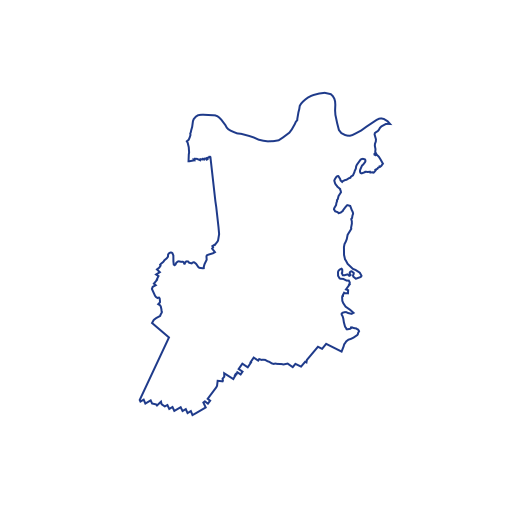 the district of Chacaltianguis, Veracruz, Mexico, rotated 34°
{"feature_id": "50627088B48878953618841", "entity_name": "Chacaltianguis", "entity_type": "district", "adm_level": 2, "iso_a3": "MEX", "parent_name": "Mexico", "parent_adm1": "Veracruz", "projection": "natural_earth1", "projection_center": [-95.805, 18.211], "detail": "fine", "context": "isolated", "style": "outline", "palette": "blue", "viewbox_px": 512, "rotation_deg": 34, "n_neighbors": 0, "source": "geoboundaries", "source_scale": "gbopen_adm2", "svg_char_len": 6118}
<svg xmlns="http://www.w3.org/2000/svg" viewBox="0 0 512 512"><g transform="rotate(34 256 256)"><path d="M240.1,440.4L241.6,441.3L243.2,437.9L246.8,440.2L249.4,434.6L252.3,436.4L256.2,434.9L257.5,435.3L258.7,429.9L260.4,431.5L261.2,431.7L264.5,431.7L265.9,429.1L269.6,431.3L271.2,427.9L274.9,430.1L278.1,423.5L281.8,425.6L283.4,422.2L287.1,424.5L288.7,421.0L292.3,423.4L294.1,419.9L299.0,409.7L294.3,406.9L294.9,405.1L298.7,405.3L298.9,401.6L295.8,401.4L296.5,387.1L296.3,385.4L294.0,380.9L298.4,378.6L298.3,377.9L296.9,376.4L297.2,373.8L295.2,371.0L306.0,370.7L305.8,368.5L305.8,366.9L305.3,366.9L305.1,365.6L305.2,364.9L305.9,364.8L305.5,362.8L309.5,362.8L309.5,359.4L304.8,359.4L304.9,352.9L311.4,352.9L311.4,347.1L310.9,347.1L310.9,341.5L316.3,341.5L316.3,339.7L318.8,339.0L319.6,338.2L321.7,337.0L324.4,336.8L326.2,336.3L329.1,336.2L331.0,335.6L332.1,334.4L333.9,333.6L337.8,331.2L339.4,330.6L342.4,327.5L348.6,327.6L349.0,323.4L355.2,322.5L355.9,316.1L357.3,316.0L356.3,313.7L358.1,296.6L362.7,296.0L363.3,289.6L380.4,287.4L379.2,282.0L378.5,279.9L378.6,277.5L378.5,276.5L379.4,273.7L381.0,271.7L382.5,269.1L384.2,264.8L384.1,263.6L383.7,262.8L383.5,260.7L381.8,259.9L380.2,260.1L379.7,260.0L378.2,260.7L375.7,261.6L375.4,261.5L374.7,262.1L375.1,262.8L374.7,263.8L372.4,266.0L371.9,266.0L371.1,265.4L369.8,265.0L369.0,264.5L365.9,261.8L363.4,259.1L361.6,257.6L359.8,256.7L359.2,255.8L359.6,254.5L361.0,252.9L362.2,252.1L364.2,251.8L367.6,250.5L368.6,248.6L364.4,248.0L358.6,247.9L354.7,246.3L352.6,244.9L350.4,241.9L350.0,240.7L350.4,240.4L349.8,239.5L349.6,237.2L350.5,237.2L353.1,235.5L351.5,232.8L349.3,233.4L349.5,227.3L349.1,227.4L349.0,226.4L348.5,225.5L346.7,224.5L344.9,225.7L341.2,226.2L338.6,227.7L337.8,227.8L335.1,226.5L333.0,223.5L332.7,222.5L332.7,221.7L333.1,220.2L334.0,218.7L334.9,218.9L335.8,220.0L336.6,221.3L336.7,222.2L338.7,223.4L339.9,222.7L342.1,220.1L343.0,220.0L344.4,220.3L345.1,219.1L344.7,218.6L343.9,218.5L343.0,217.4L343.0,216.4L343.5,215.4L343.9,215.2L346.5,215.4L347.0,216.2L347.3,217.9L348.2,218.7L351.5,219.0L354.3,215.2L354.7,214.2L354.5,213.4L351.4,211.8L346.3,211.9L343.5,212.5L336.4,211.3L333.0,209.5L331.7,209.0L328.4,205.9L323.9,199.4L323.3,198.0L322.7,196.6L322.4,193.9L321.8,191.2L320.1,187.2L319.8,180.2L319.1,179.6L317.4,175.6L316.0,173.6L314.3,172.1L314.4,170.8L313.3,168.4L312.9,166.8L312.5,166.2L311.1,165.1L309.9,164.5L306.1,161.8L303.4,162.7L303.1,163.1L302.8,165.5L302.6,169.2L302.8,169.9L302.0,172.5L300.6,174.3L299.2,174.0L296.6,174.7L295.7,174.2L294.6,173.8L294.4,173.5L294.1,172.4L293.9,169.0L293.0,167.1L292.5,165.1L291.9,164.5L292.0,163.1L290.9,160.1L290.8,155.6L289.5,154.4L288.6,153.9L288.3,153.4L284.5,153.0L283.8,152.6L282.2,152.2L281.0,151.6L278.8,149.8L278.5,148.7L278.4,147.5L278.4,145.4L278.8,144.3L279.6,143.7L282.7,145.1L283.9,146.1L286.0,146.4L286.1,145.4L287.4,143.2L288.4,142.2L289.5,139.6L290.5,138.4L290.3,137.2L291.3,134.9L290.7,131.4L290.3,130.4L289.9,127.7L288.9,125.7L288.6,123.9L288.8,117.7L289.2,116.8L290.0,115.9L290.9,115.4L292.4,115.0L292.8,115.2L293.6,116.0L293.9,117.1L293.7,120.4L293.3,121.7L294.0,125.5L294.3,126.7L294.9,127.7L295.8,128.5L296.4,128.7L297.4,128.4L299.5,125.5L299.4,125.2L299.9,124.7L301.5,124.0L303.4,122.4L304.1,122.9L305.7,121.5L306.2,121.3L306.6,121.4L307.0,120.9L307.3,118.4L307.3,117.8L306.8,117.6L306.9,117.4L307.3,117.0L307.3,116.7L307.9,115.8L307.8,114.9L308.0,114.2L308.8,113.1L308.5,112.6L309.1,112.4L309.5,111.2L309.5,109.1L309.6,108.5L305.2,106.3L302.3,105.0L299.4,104.5L298.8,105.6L297.5,105.7L297.1,105.0L297.4,104.6L297.3,104.0L297.7,103.6L296.7,103.1L295.3,100.6L292.9,98.2L291.9,96.5L291.3,94.1L290.2,92.2L286.3,88.9L285.8,87.6L286.3,86.1L287.1,84.4L287.3,82.7L287.1,80.5L287.5,78.4L289.8,74.0L291.6,72.6L293.3,71.6L289.8,70.7L285.4,70.9L282.9,71.9L281.3,73.3L279.9,75.7L275.3,86.9L273.0,93.2L270.0,98.8L268.3,101.8L266.7,103.7L264.7,105.0L262.2,105.9L258.0,106.4L254.3,105.2L249.0,100.5L242.9,94.6L240.1,91.0L237.2,86.3L235.1,83.6L233.0,81.8L230.3,80.5L227.5,80.0L221.7,82.3L217.5,86.0L213.7,90.3L212.2,92.4L210.5,95.5L209.4,98.6L208.6,101.7L208.2,104.4L208.3,107.0L209.7,110.0L210.8,113.1L213.6,119.3L214.2,120.2L214.0,122.7L214.4,124.8L214.9,131.0L214.7,135.1L212.1,142.6L210.1,147.4L206.4,150.9L201.6,154.4L197.5,156.4L193.1,158.1L187.8,159.0L183.2,160.3L175.4,163.0L171.8,164.9L168.1,165.7L164.7,166.3L162.1,166.4L159.9,165.9L157.4,164.6L151.0,162.4L148.0,161.8L145.9,161.7L143.4,162.3L132.9,168.6L130.8,170.2L129.2,171.8L128.2,174.1L127.8,177.3L128.3,179.4L130.9,184.7L131.9,187.8L132.7,189.8L133.1,191.4L134.0,192.3L134.7,194.7L135.2,197.3L134.5,199.6L136.0,200.3L139.4,203.4L142.6,207.5L143.5,209.4L147.1,215.2L147.8,214.7L150.8,211.7L150.3,211.0L151.5,210.9L150.9,209.6L152.7,208.5L156.2,207.8L155.8,206.8L157.8,205.8L157.6,205.3L159.1,204.9L158.8,204.1L160.0,203.1L161.2,203.7L161.7,202.9L160.7,201.9L162.0,200.5L161.8,199.9L162.5,199.4L162.9,199.5L191.6,233.2L195.7,237.7L208.9,253.2L213.2,258.5L215.8,264.2L216.0,265.4L215.7,269.9L215.3,269.9L214.3,272.2L215.6,272.8L215.5,274.4L219.8,275.8L218.8,277.8L215.8,281.5L214.9,282.9L214.9,283.2L215.2,284.1L217.2,286.7L217.9,291.6L218.7,294.0L219.5,295.3L218.8,295.9L215.6,297.5L214.3,297.4L210.8,296.0L208.7,295.8L208.0,295.9L207.6,296.3L207.0,297.2L206.8,298.1L204.3,299.0L202.9,298.5L201.9,299.0L201.2,299.5L201.1,300.0L201.0,300.8L201.2,302.3L200.8,302.5L199.4,301.6L198.5,301.7L197.2,302.7L194.9,303.6L194.3,304.3L193.7,306.1L194.0,308.0L193.7,309.1L192.6,309.1L190.5,306.6L187.2,301.8L185.1,300.4L184.1,300.4L183.2,300.9L182.5,302.0L182.3,303.0L182.3,303.9L183.4,305.8L183.3,307.8L182.4,310.9L182.5,312.0L182.3,313.2L181.6,315.5L181.4,316.9L182.3,317.4L182.3,319.8L181.4,322.5L185.3,323.2L183.5,327.2L186.4,327.2L186.9,331.0L187.3,331.1L186.8,336.0L189.2,336.3L187.6,339.3L188.1,341.5L194.5,345.4L195.9,345.9L197.9,345.9L198.4,345.1L198.9,344.7L199.9,345.1L201.7,347.2L202.3,348.2L201.9,350.6L204.0,350.5L205.3,351.1L207.4,353.1L208.6,354.6L209.3,355.0L209.5,355.8L209.7,358.2L210.0,358.9L210.0,359.4L208.0,363.2L207.1,365.8L207.0,366.5L207.3,369.7L229.4,372.2L240.1,440.4Z" fill="none" stroke="#1e3a8a" stroke-width="2"/></g></svg>